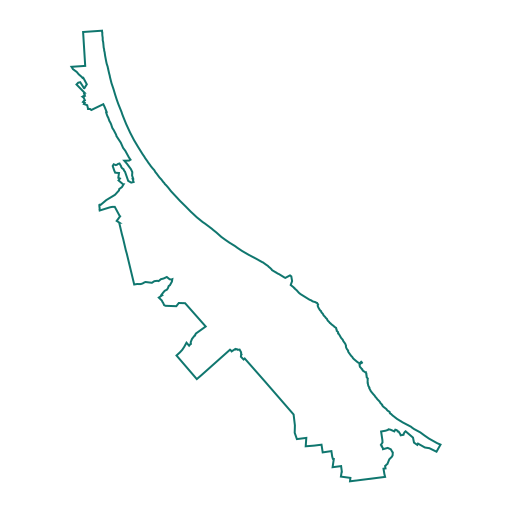 Rojas pag., Rojas, Latvia (Albers equal-area conic projection)
{"feature_id": "27541924B95337165312273", "entity_name": "Rojas pag.", "entity_type": "district", "adm_level": 2, "iso_a3": "LVA", "parent_name": "Latvia", "parent_adm1": "Rojas", "projection": "albers", "projection_center": [22.762, 57.524], "detail": "fine", "context": "isolated", "style": "outline", "palette": "teal", "viewbox_px": 512, "rotation_deg": 0, "n_neighbors": 0, "source": "geoboundaries", "source_scale": "gbopen_adm2", "svg_char_len": 5971}
<svg xmlns="http://www.w3.org/2000/svg" viewBox="0 0 512 512"><path d="M296.9,439.1L306.3,437.9L305.7,446.3L314.3,445.6L321.5,444.7L322.7,452.4L331.4,451.1L332.2,456.6L332.9,458.9L333.8,459.0L332.6,467.2L341.1,466.1L341.8,471.5L341.7,471.5L340.9,476.6L350.4,477.9L350.0,481.3L385.1,476.9L384.4,474.1L383.5,468.7L385.5,468.4L385.1,466.0L385.8,465.5L386.4,464.7L387.4,464.0L389.3,459.3L391.8,456.8L392.6,455.4L392.8,452.4L392.4,452.1L390.8,449.3L387.7,447.9L383.0,449.2L382.7,447.7L381.7,446.5L381.9,446.1L380.9,444.9L382.5,442.5L382.4,440.2L381.1,431.5L385.6,430.7L388.0,429.9L388.5,429.3L390.5,429.7L394.3,431.4L395.3,429.7L396.3,430.0L397.5,430.7L397.7,431.5L398.7,431.7L400.3,434.2L400.7,435.3L403.5,434.8L403.7,434.2L403.7,433.7L404.8,432.0L405.6,431.3L413.0,437.6L414.0,442.6L417.3,444.9L418.0,443.6L424.9,447.5L429.4,448.2L436.5,451.7L440.5,444.6L437.2,443.2L429.0,438.6L424.5,435.5L420.3,432.4L414.0,429.0L412.0,427.6L411.1,426.8L402.7,422.4L397.0,418.9L392.5,415.4L391.1,414.0L390.3,413.6L389.8,413.0L389.8,412.4L389.6,411.9L387.7,410.7L386.9,409.9L386.4,409.1L383.2,406.6L382.2,405.4L382.2,404.8L380.4,403.0L380.0,402.1L379.1,401.0L377.3,399.2L376.3,397.8L375.4,396.9L374.6,395.6L373.3,394.2L371.4,391.9L370.8,391.1L369.4,388.4L369.2,388.0L369.4,387.6L368.3,385.8L367.9,383.7L367.6,383.0L367.8,382.4L367.6,382.0L367.6,381.4L367.7,379.9L367.6,379.5L367.8,378.5L367.2,377.9L366.6,377.0L366.7,376.4L366.5,375.8L366.6,375.3L366.3,374.7L366.4,374.3L366.3,373.3L365.6,372.6L365.7,372.3L365.4,372.3L362.9,370.7L362.6,370.3L362.5,369.8L362.1,369.4L362.1,369.1L361.6,368.8L360.7,367.6L360.1,367.1L359.8,366.4L359.5,364.7L359.5,364.4L359.8,364.3L359.8,364.1L361.0,363.0L361.5,363.1L362.0,362.7L361.9,362.5L361.2,361.8L360.7,362.3L360.8,362.8L360.0,363.5L357.7,362.3L354.0,359.2L353.0,358.2L352.3,357.0L351.1,355.8L348.5,352.2L348.1,351.4L348.1,350.5L347.1,349.4L346.4,348.1L346.1,347.4L345.9,346.3L346.0,345.7L345.2,343.7L343.3,341.1L342.7,339.7L341.1,337.9L339.0,334.2L338.1,333.5L338.1,333.1L338.2,332.8L338.0,332.0L336.7,330.8L336.7,330.5L336.7,329.9L336.4,329.4L336.4,329.1L336.2,328.8L336.2,328.3L336.1,327.9L335.5,327.5L334.4,326.8L333.8,326.1L331.3,324.2L330.4,323.2L329.9,323.0L329.0,321.8L328.0,320.9L327.3,319.9L327.0,319.0L325.7,317.8L325.2,317.0L323.6,315.4L322.9,313.9L321.4,312.3L321.1,311.2L320.1,310.4L318.8,308.3L318.0,306.7L317.7,305.7L317.7,305.4L318.1,304.6L317.5,303.6L317.2,303.4L317.1,303.0L316.0,302.6L315.6,302.2L312.7,301.4L311.9,300.9L311.5,300.5L309.5,299.7L300.5,294.1L298.9,292.8L296.6,290.2L294.7,288.6L294.5,288.1L294.0,287.9L293.9,287.6L293.7,287.4L290.7,285.0L292.1,281.1L291.3,276.4L290.0,275.4L285.3,277.9L284.3,277.4L279.0,274.1L278.0,273.7L272.0,270.1L271.7,269.5L270.2,268.0L268.6,266.7L267.9,265.9L266.1,264.7L262.8,262.3L262.3,262.2L256.3,258.8L249.2,255.1L242.1,251.0L237.2,247.7L235.2,246.2L229.5,242.7L225.3,239.8L221.3,236.9L216.4,232.5L213.0,229.8L212.0,228.9L205.0,223.6L202.6,222.0L196.7,217.2L190.9,211.8L185.9,206.7L180.1,201.0L171.0,191.2L168.2,187.6L166.2,185.3L164.9,184.1L164.1,182.8L163.4,182.2L161.4,179.5L159.5,177.5L156.4,173.3L155.5,172.3L154.3,170.2L152.5,168.2L150.7,166.0L150.2,165.2L148.1,162.4L147.5,161.4L145.0,157.9L144.4,156.8L142.6,154.2L138.0,146.8L134.0,140.1L130.1,132.6L126.1,123.9L123.4,117.2L122.2,114.1L121.6,112.2L118.3,104.0L116.7,99.5L115.1,94.5L113.5,89.1L111.5,83.2L109.9,76.8L109.8,76.0L109.1,73.3L108.1,68.9L108.1,68.5L108.0,68.4L107.6,66.5L106.7,63.8L106.2,61.5L105.1,55.7L104.6,52.1L104.2,50.7L104.1,49.2L103.7,47.7L103.2,42.3L102.7,40.1L102.7,37.8L102.3,35.0L102.3,32.6L102.2,32.0L102.0,31.8L102.0,30.7L83.1,32.0L85.2,65.9L71.5,66.8L73.0,69.2L76.8,72.0L78.7,74.3L81.7,76.9L82.6,78.0L83.2,77.7L83.3,77.8L86.8,84.3L84.4,88.2L83.9,88.1L82.6,85.9L80.2,82.2L78.2,82.7L76.5,84.5L84.7,92.9L84.2,93.0L84.0,93.4L84.4,94.2L84.4,94.6L84.8,94.9L84.8,95.2L84.7,95.6L84.8,95.8L84.2,95.9L84.1,96.0L84.3,96.1L84.2,96.3L83.6,96.2L83.4,96.7L83.0,96.5L82.9,96.7L82.6,96.8L83.4,97.4L83.9,98.2L84.9,100.3L83.9,100.9L83.0,102.0L84.7,102.8L83.9,104.0L87.2,105.2L88.0,108.6L89.2,108.9L89.1,109.0L90.0,109.0L91.3,110.0L103.3,104.2L104.7,107.1L106.5,111.6L106.7,112.0L106.1,112.3L106.5,113.6L107.2,115.6L107.8,117.0L108.1,117.3L109.4,121.0L110.3,122.5L111.2,124.5L111.7,126.1L112.4,128.1L113.6,129.9L116.0,134.5L116.3,135.3L116.4,136.0L120.8,142.7L123.1,147.9L125.3,150.8L128.9,157.4L130.5,159.7L129.0,160.6L124.3,160.7L127.0,163.8L130.9,169.1L132.3,172.1L132.1,175.6L133.2,178.7L132.6,178.8L133.6,182.0L131.2,182.6L128.2,180.9L125.0,171.7L124.0,170.5L123.6,169.3L122.0,168.1L121.2,166.9L121.1,166.2L119.5,163.5L118.1,163.9L117.0,164.7L115.8,165.1L113.7,164.3L112.7,166.0L114.3,170.7L115.2,172.7L119.0,173.0L118.3,177.8L119.9,178.5L118.5,180.4L123.1,184.3L123.6,184.3L121.9,187.1L119.2,189.1L119.0,190.4L115.0,194.8L106.4,200.0L100.7,204.8L100.4,204.6L99.6,204.7L99.4,204.8L99.3,205.1L99.5,205.5L99.4,205.8L99.4,206.9L99.7,208.2L99.5,209.2L99.7,210.5L110.0,207.3L112.1,206.9L114.8,206.9L119.7,216.0L120.1,216.3L116.7,220.9L119.4,222.7L119.2,222.7L121.9,234.2L123.1,238.6L125.8,250.2L126.8,253.7L134.2,284.5L137.1,284.0L140.3,284.1L141.7,283.8L143.1,283.2L144.2,282.5L145.5,282.0L151.9,282.8L154.3,281.2L157.2,280.8L158.6,281.1L160.9,279.2L163.6,278.5L166.8,277.0L169.7,279.3L171.5,279.5L172.3,279.2L171.9,281.6L169.9,285.2L168.7,286.0L168.0,288.0L167.0,289.6L164.7,290.8L163.0,292.8L161.4,294.9L162.1,295.3L158.8,297.6L161.8,300.5L162.5,302.0L163.1,302.8L164.1,305.1L165.5,305.8L176.3,306.2L178.8,303.0L185.1,303.2L205.7,326.5L195.8,333.6L195.1,335.3L194.9,335.2L192.0,338.9L190.7,342.2L190.9,343.9L190.4,344.1L189.1,345.7L186.5,342.7L184.2,346.9L182.2,349.9L179.9,352.4L176.5,355.5L196.8,379.1L201.6,375.0L230.0,349.7L230.9,350.4L231.6,351.4L235.3,349.0L235.8,349.5L236.6,349.1L237.0,349.2L237.7,349.8L239.6,349.6L241.1,352.3L241.1,354.3L241.5,354.5L241.0,355.6L240.9,356.7L243.6,359.5L244.7,358.5L264.7,381.2L293.6,414.5L294.9,425.4L294.7,432.8L296.9,439.1Z" fill="none" stroke="#0f766e" stroke-width="2"/></svg>